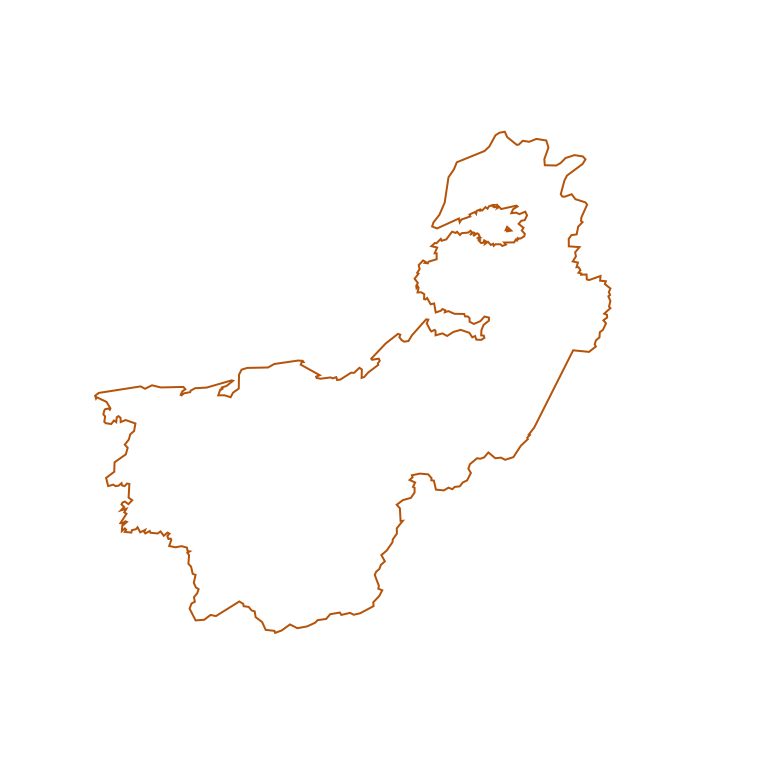 the district of Buenaventura, Valle del Cauca, Colombia, rotated 52°
{"feature_id": "7082276B82326475607220", "entity_name": "Buenaventura", "entity_type": "district", "adm_level": 2, "iso_a3": "COL", "parent_name": "Colombia", "parent_adm1": "Valle del Cauca", "projection": "equal_earth", "projection_center": [-77.114, 3.671], "detail": "fine", "context": "isolated", "style": "outline", "palette": "amber", "viewbox_px": 768, "rotation_deg": 52, "n_neighbors": 0, "source": "geoboundaries", "source_scale": "gbopen_adm2", "svg_char_len": 6162}
<svg xmlns="http://www.w3.org/2000/svg" viewBox="0 0 768 768"><g transform="rotate(52 384 384)"><path d="M515.2,616.4L515.6,606.1L523.1,602.6L527.7,593.8L529.7,585.3L529.2,581.8L533.5,574.2L532.3,568.1L536.9,559.5L539.7,559.8L543.4,551.7L547.2,549.9L550.0,543.9L552.6,529.0L549.4,526.8L548.2,518.4L545.5,512.4L541.8,514.5L539.9,512.3L528.7,508.8L527.1,505.7L526.9,501.5L524.6,497.8L524.3,492.5L517.2,491.4L516.9,484.4L513.9,474.7L511.9,472.8L509.8,465.9L505.6,462.8L503.4,453.4L502.2,455.3L491.7,448.0L487.0,448.3L487.1,440.6L490.3,432.9L488.3,426.7L484.6,423.8L482.9,424.5L480.8,420.1L475.4,422.9L475.1,418.9L473.1,418.2L476.7,410.9L482.4,404.8L487.4,404.5L489.0,406.0L490.8,404.2L499.2,408.1L504.7,402.3L505.4,397.0L509.0,394.9L508.6,391.7L511.3,387.3L510.1,382.6L511.1,377.8L507.6,370.3L502.7,369.7L500.1,365.7L499.8,356.3L502.1,354.3L503.5,350.3L502.2,343.9L511.0,342.0L514.1,337.1L518.3,335.2L521.3,327.1L516.9,314.2L516.0,304.6L514.5,304.2L514.0,300.5L513.0,301.1L510.8,292.4L473.9,214.2L484.9,202.7L484.9,194.0L482.5,193.6L480.1,190.1L479.9,185.5L476.1,182.1L476.1,178.1L472.9,171.7L468.9,171.9L469.0,167.2L466.8,165.7L464.2,167.2L463.6,158.9L461.5,159.0L458.0,154.5L453.0,153.2L453.0,151.0L450.1,150.3L448.1,146.8L441.2,148.4L439.6,145.9L435.7,150.1L432.2,146.9L428.4,158.3L426.5,159.8L422.4,157.0L419.2,161.4L418.4,160.5L416.1,162.3L415.2,159.1L411.7,158.8L410.5,160.4L407.7,156.4L403.6,159.8L401.6,154.2L397.9,152.3L396.5,145.7L389.3,153.6L383.3,149.0L382.1,144.6L384.7,140.1L379.5,134.0L378.7,127.9L376.8,128.3L374.3,126.0L367.7,113.5L364.8,113.5L356.2,119.4L350.0,119.3L347.6,126.4L346.0,128.1L343.3,127.9L334.7,116.5L332.4,111.4L332.9,92.1L331.0,86.9L327.1,87.2L320.9,93.0L317.7,101.8L318.6,108.7L317.9,113.7L310.6,122.6L305.5,119.2L299.0,108.9L292.0,106.2L284.7,113.0L282.5,120.5L277.8,124.9L278.3,130.3L277.4,132.1L265.3,134.9L259.6,133.5L257.1,138.3L256.6,143.0L261.7,154.8L262.3,161.3L254.1,190.1L257.9,196.7L260.8,205.9L278.4,224.5L284.8,236.2L287.1,245.5L289.5,249.1L294.1,246.4L299.7,223.1L303.2,224.8L302.1,221.7L305.1,212.8L303.1,212.3L304.4,206.6L306.6,206.6L304.6,204.4L305.5,201.3L307.0,202.3L306.0,200.5L307.7,199.9L307.1,195.1L309.6,194.5L308.6,191.9L309.9,188.1L311.1,186.6L310.9,188.9L312.7,188.3L313.7,185.9L312.8,184.6L314.3,184.4L315.1,186.2L315.4,184.2L318.3,183.9L325.0,169.8L326.3,169.5L325.8,174.8L327.8,178.5L330.3,174.4L333.5,172.7L335.2,166.6L339.2,167.5L341.5,172.2L339.9,175.3L340.7,179.3L346.8,177.9L347.9,180.9L352.4,180.6L354.0,182.6L353.4,186.9L351.7,188.7L353.4,189.6L351.6,189.4L352.7,191.0L351.3,191.3L352.5,194.3L346.5,202.2L349.2,202.1L348.0,205.8L345.6,206.2L342.5,210.1L342.6,212.5L340.7,211.7L340.2,214.2L335.9,214.5L335.8,218.0L334.4,215.9L332.5,216.6L333.8,218.8L332.8,220.6L329.5,221.0L329.6,219.7L328.2,220.2L328.2,218.4L326.7,219.8L326.7,217.8L324.0,217.2L322.6,217.8L322.4,222.6L321.3,219.6L319.7,220.1L319.5,224.5L319.0,221.4L316.6,221.4L316.5,224.4L312.9,230.1L313.4,232.4L309.0,232.7L309.1,234.5L305.9,236.6L308.4,245.9L306.6,250.4L304.6,249.9L305.4,256.1L304.2,257.0L304.6,261.8L309.2,258.1L312.2,263.6L313.5,262.1L318.1,265.7L315.1,273.4L315.9,275.2L313.8,277.2L313.8,275.9L310.7,277.1L311.7,283.5L315.4,285.2L316.8,289.4L318.3,288.9L319.9,295.1L325.2,295.1L326.5,298.2L328.3,299.2L327.7,297.2L329.5,297.5L332.5,301.2L334.6,298.2L338.0,297.0L341.7,300.1L342.9,299.3L342.8,297.1L349.9,298.2L351.4,294.9L359.5,299.2L361.3,294.0L360.9,291.8L363.7,290.3L364.9,291.9L366.2,288.4L372.0,285.3L378.2,277.7L380.7,278.5L382.3,276.4L384.7,276.0L387.7,278.2L392.0,276.2L393.8,269.3L392.7,263.3L396.3,260.4L398.7,262.4L398.7,269.0L401.5,274.0L405.5,277.5L407.3,275.6L409.5,276.5L409.1,280.2L405.9,283.9L402.3,282.7L401.6,285.7L396.2,285.2L388.6,290.2L385.7,297.2L385.0,304.7L380.1,306.8L377.4,313.4L373.9,310.7L372.5,310.8L371.8,314.3L370.0,314.4L362.6,313.0L360.5,309.5L359.0,311.0L362.8,331.9L365.2,338.3L363.1,342.0L360.4,343.1L356.6,343.1L355.2,340.8L353.1,342.1L353.1,357.7L356.2,378.5L357.6,378.5L360.8,372.5L363.1,373.1L364.0,376.2L365.4,376.8L365.2,389.3L366.3,395.3L365.4,397.9L358.9,392.5L356.1,393.4L356.8,400.6L354.8,403.1L353.6,415.8L351.9,418.5L349.2,417.4L348.0,420.9L345.9,422.1L340.8,430.7L337.8,433.4L336.4,432.9L337.5,429.2L317.5,437.7L316.1,435.2L317.1,433.9L315.7,433.8L312.6,437.3L300.7,458.1L299.6,465.2L287.1,481.9L285.0,487.4L287.4,492.5L298.2,501.3L297.9,508.3L300.0,513.0L294.6,516.7L290.9,521.6L287.7,516.6L288.2,515.9L288.4,513.2L287.9,515.7L286.9,513.8L288.6,509.4L288.5,501.0L287.4,501.7L277.6,526.0L271.0,535.5L270.2,540.5L271.1,541.7L268.2,547.4L268.3,550.5L267.4,550.9L265.7,547.6L265.8,543.7L262.8,543.9L249.3,562.0L242.2,567.6L240.6,575.3L236.1,577.2L215.4,614.3L215.4,618.9L218.2,619.9L217.7,618.5L227.2,613.7L234.8,614.6L235.5,615.9L233.7,616.2L232.2,619.3L232.7,620.8L235.2,623.9L237.8,623.7L241.6,627.7L243.6,627.4L247.6,623.6L246.5,619.3L249.2,618.5L245.7,615.1L245.8,613.1L248.4,612.4L251.9,614.9L253.3,609.8L262.1,604.2L267.2,609.9L267.4,614.8L270.7,619.4L272.2,625.6L276.5,625.3L280.5,630.8L279.8,644.5L287.1,650.6L286.9,660.8L294.6,664.2L296.7,659.2L299.1,658.5L300.7,655.8L300.6,651.9L302.5,652.9L304.8,651.3L304.2,647.8L306.0,646.2L316.3,655.2L320.6,654.0L321.3,659.4L317.2,660.5L316.4,663.0L317.3,665.0L321.0,664.5L321.6,669.1L323.7,663.8L325.2,667.7L327.7,666.8L331.4,677.4L332.6,676.3L333.0,672.2L334.4,671.5L334.6,677.5L338.5,681.1L338.3,677.1L340.1,676.9L341.0,679.3L345.5,674.6L344.0,672.6L345.7,668.9L345.2,666.4L350.8,667.4L351.9,662.1L352.9,664.0L354.8,664.1L355.6,659.1L357.5,659.6L362.4,654.4L362.6,650.9L368.0,651.0L367.8,646.1L369.9,645.2L370.4,648.3L373.4,649.3L374.5,647.3L375.9,647.6L379.4,653.0L384.2,649.0L387.2,643.3L391.7,640.0L394.6,641.6L396.3,640.1L396.0,642.9L398.9,643.0L405.2,648.8L409.2,648.5L415.8,651.6L418.4,650.0L423.6,656.3L428.4,657.5L431.5,656.4L433.9,660.0L435.0,665.0L439.1,667.1L438.5,670.9L441.3,675.5L454.3,678.0L459.1,670.8L459.2,662.9L463.4,659.3L466.3,631.9L470.6,630.3L472.7,631.4L476.3,627.9L481.0,627.7L483.6,625.9L488.7,628.7L496.5,626.6L504.9,628.6L511.1,622.3L513.1,623.0L515.2,616.4ZM341.5,189.3L336.0,190.2L337.7,193.4L339.3,190.8L339.1,193.8L341.5,189.3Z" fill="none" stroke="#b45309" stroke-width="2"/></g></svg>